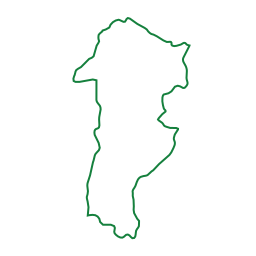 the border of Sagarmatha, rotated 183°
{"feature_id": "NPL-1133", "entity_name": "Sagarmatha", "entity_type": "Administrative Zone", "adm_level": 1, "iso_a3": "NPL", "parent_name": "Nepal", "parent_adm1": "", "projection": "robinson", "projection_center": [86.603, 27.261], "detail": "fine", "context": "isolated", "style": "outline", "palette": "green", "viewbox_px": 256, "rotation_deg": 183, "n_neighbors": 0, "source": "natural_earth", "source_scale": "10m", "svg_char_len": 2723}
<svg xmlns="http://www.w3.org/2000/svg" viewBox="0 0 256 256"><g transform="rotate(183 128 128)"><path d="M128.1,18.2L130.1,18.3L132.3,19.2L134.3,20.6L135.8,22.1L136.3,23.6L135.9,27.5L136.7,29.3L140.1,30.5L147.9,30.1L150.9,32.7L151.9,35.9L153.7,38.0L156.1,39.2L158.9,39.4L162.2,38.9L163.6,38.5L163.3,46.8L164.5,52.6L165.3,55.2L165.5,56.5L165.5,57.2L164.9,59.8L164.7,62.8L165.6,68.1L165.6,69.9L165.4,71.2L163.4,78.8L161.2,91.9L160.7,93.6L159.7,98.9L159.2,100.2L158.0,101.8L156.0,104.2L155.7,104.9L155.2,106.8L156.5,111.5L160.9,119.4L161.3,121.6L161.2,123.4L160.9,124.2L160.3,125.0L159.5,125.5L158.5,125.9L157.6,126.4L157.0,127.2L156.7,129.2L157.3,135.0L157.3,137.3L156.3,145.2L156.6,147.2L157.3,148.8L159.4,151.2L160.5,152.7L161.0,154.3L162.0,174.0L165.7,174.6L178.9,171.5L182.8,171.3L184.7,172.1L185.1,174.4L184.5,177.0L184.1,177.9L183.5,180.7L183.4,181.5L182.8,183.0L181.2,184.4L178.1,186.4L170.4,195.0L167.9,196.2L166.1,197.8L163.6,208.6L162.0,211.5L161.4,213.1L161.8,214.4L162.1,215.3L162.3,216.7L162.3,218.2L162.2,219.3L161.3,220.7L158.8,223.1L158.5,224.0L155.4,225.2L151.9,227.4L150.8,230.3L148.6,232.9L145.9,234.7L143.1,235.6L142.1,235.4L138.1,233.8L136.6,234.0L135.8,235.3L135.1,236.8L133.9,237.8L131.8,237.3L124.1,232.4L116.6,228.8L114.4,227.4L112.9,225.5L111.3,224.1L109.6,223.1L107.4,222.6L104.0,221.1L97.2,217.3L93.9,216.0L92.9,216.0L90.5,216.3L89.7,216.2L89.0,215.3L88.9,213.5L88.1,212.6L86.2,212.2L83.9,212.6L79.6,214.1L77.2,215.7L76.4,216.0L75.2,215.8L74.5,215.2L74.0,214.6L73.3,214.2L71.6,213.7L70.9,213.6L71.0,213.2L76.2,201.5L76.6,200.4L76.7,199.2L76.4,197.6L75.8,196.4L73.8,193.2L73.1,191.8L72.6,190.3L72.3,189.0L72.2,187.6L72.2,181.1L71.9,179.5L71.0,176.8L70.9,176.0L70.9,175.1L71.2,174.3L71.7,173.3L73.2,171.4L74.2,170.9L75.2,170.9L78.1,172.3L79.5,172.6L80.6,172.8L83.3,171.7L86.5,166.9L89.4,164.8L94.1,163.3L94.8,162.2L95.2,160.3L95.1,156.5L94.3,152.7L93.3,149.5L92.8,148.7L92.3,148.2L91.7,147.7L91.4,147.1L91.4,146.4L94.5,143.6L97.8,139.4L98.5,138.1L98.2,137.7L97.7,137.2L94.2,135.0L93.7,134.5L92.9,133.5L92.2,132.4L91.2,131.7L89.6,131.2L86.0,130.3L79.8,130.5L78.0,129.9L78.0,129.1L80.9,124.0L81.4,121.9L81.7,120.3L81.6,119.1L80.5,116.3L80.4,115.4L80.4,114.3L80.6,113.2L81.6,110.3L83.5,105.9L85.2,103.3L95.1,93.6L100.6,87.1L102.2,85.9L105.9,82.1L106.6,81.7L107.7,81.3L110.0,80.8L112.6,79.9L114.0,78.9L115.3,77.2L116.4,74.5L117.5,70.7L118.4,68.8L119.2,67.5L119.7,66.5L120.1,65.2L119.8,63.1L119.7,60.4L118.7,56.7L118.1,50.1L118.1,46.6L117.4,43.3L114.1,37.9L112.1,35.8L112.0,32.7L112.0,30.5L112.7,29.0L113.6,27.7L114.5,25.9L114.7,24.0L114.8,21.9L115.1,20.0L116.1,18.5L117.9,18.2L119.4,19.3L120.9,20.8L122.6,21.6L124.3,21.2L126.7,18.9L128.1,18.2Z" fill="none" stroke="#15803d" stroke-width="2"/></g></svg>